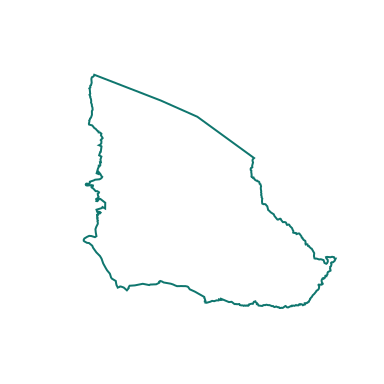 Agua Blanca de Iturbide, Hidalgo, Mexico, rotated 73°
{"feature_id": "50627088B60120060131713", "entity_name": "Agua Blanca de Iturbide", "entity_type": "district", "adm_level": 2, "iso_a3": "MEX", "parent_name": "Mexico", "parent_adm1": "Hidalgo", "projection": "albers", "projection_center": [-98.352, 20.365], "detail": "fine", "context": "isolated", "style": "outline", "palette": "teal", "viewbox_px": 384, "rotation_deg": 73, "n_neighbors": 0, "source": "geoboundaries", "source_scale": "gbopen_adm2", "svg_char_len": 6027}
<svg xmlns="http://www.w3.org/2000/svg" viewBox="0 0 384 384"><g transform="rotate(73 192 192)"><path d="M139.8,273.6L140.2,273.2L142.0,275.0L146.2,277.7L147.5,276.1L145.8,275.3L147.9,274.4L150.4,273.9L151.3,273.4L151.9,274.0L152.6,275.5L152.8,276.8L151.9,281.1L152.2,282.6L152.3,286.6L153.0,286.7L153.5,287.2L153.8,287.9L153.9,288.5L153.1,290.5L153.2,290.9L153.7,291.4L154.4,291.4L154.8,291.1L155.3,290.0L155.9,286.5L156.2,285.7L156.8,284.8L157.4,285.1L157.9,286.7L158.4,286.6L159.8,285.4L163.0,283.9L163.6,282.2L165.1,281.0L165.6,281.4L166.2,282.7L168.2,283.0L169.3,282.7L169.8,283.0L170.6,285.0L170.7,285.7L171.0,285.8L171.5,285.5L172.7,286.1L173.1,285.1L171.7,283.1L171.6,282.3L171.8,281.7L176.9,278.1L182.4,279.9L180.2,282.0L181.0,282.9L181.0,288.5L183.1,288.5L183.5,287.2L184.2,285.9L185.0,285.4L185.5,286.2L184.5,288.1L186.2,288.2L186.8,289.3L186.5,289.6L187.7,289.9L188.6,289.7L189.1,290.4L190.1,290.1L190.4,290.5L191.5,290.6L191.8,290.4L192.4,291.0L193.2,290.9L194.9,291.4L197.3,293.7L199.3,295.2L202.8,295.9L206.3,296.3L206.8,298.0L204.7,301.1L203.9,303.1L204.2,305.4L205.0,308.5L206.0,309.5L207.0,309.8L207.7,309.4L209.9,307.3L210.7,305.4L214.2,303.1L216.4,302.9L221.8,301.1L226.4,298.7L229.3,298.0L234.4,297.8L239.2,296.8L242.1,296.1L245.9,294.5L246.7,294.4L250.1,294.4L251.5,293.9L254.8,290.9L257.4,291.3L259.3,291.4L260.8,291.0L261.7,291.0L261.6,288.9L261.3,288.4L261.7,287.5L263.4,285.2L267.0,283.0L265.5,280.7L264.9,280.7L263.4,279.1L264.6,273.9L265.4,265.9L268.5,260.1L268.3,259.0L269.8,253.2L269.2,249.8L269.0,249.6L268.4,249.8L268.2,249.7L267.8,248.4L268.7,247.0L270.2,245.6L273.5,239.1L275.0,237.0L276.3,235.6L277.7,233.8L278.7,230.2L280.1,225.8L280.9,224.3L281.6,223.5L284.4,222.6L288.1,218.4L295.9,211.0L296.9,211.2L297.0,211.0L299.7,211.0L300.0,211.2L300.1,211.7L300.4,211.8L300.8,211.1L301.7,211.5L301.8,211.3L302.0,210.7L302.2,210.4L302.3,206.6L302.0,204.6L302.9,202.7L302.8,200.2L303.5,198.2L303.2,197.6L302.7,197.5L303.7,196.1L303.8,195.4L301.9,196.3L308.1,188.8L308.6,186.2L311.5,184.2L311.8,183.7L311.9,182.7L312.2,182.4L312.6,181.4L313.0,179.5L314.1,179.3L314.8,178.1L315.3,176.5L316.0,175.8L315.9,174.6L316.6,173.7L316.5,172.8L316.6,172.2L317.1,171.9L317.2,171.3L316.7,170.5L316.2,170.3L316.2,167.8L316.6,166.9L316.7,166.4L315.8,165.7L315.1,164.9L315.1,163.4L316.1,163.4L316.9,162.5L317.5,162.4L318.2,162.7L318.4,161.9L320.0,161.6L321.5,158.2L321.4,157.7L321.2,157.4L321.3,157.2L321.1,156.3L321.6,155.1L321.5,154.0L321.7,153.5L322.4,152.4L322.8,151.0L324.6,148.8L324.7,147.9L326.0,147.0L326.2,146.6L326.1,145.0L327.3,143.6L327.4,143.0L328.0,142.2L328.5,142.2L328.9,141.0L328.9,140.1L329.3,139.4L329.3,138.8L328.4,136.3L328.4,135.8L330.0,134.9L330.5,133.9L329.9,130.0L330.4,129.8L330.1,128.6L330.8,127.4L330.5,125.7L330.9,125.5L330.9,125.0L331.5,123.7L331.5,123.3L330.9,122.8L330.7,121.8L330.8,121.5L331.3,121.4L331.1,120.7L331.5,119.8L332.7,119.1L332.7,118.8L332.3,118.0L332.6,117.5L332.6,116.8L332.1,116.3L331.4,116.4L331.8,114.5L331.4,113.9L331.5,113.5L331.1,112.9L331.1,112.3L330.2,111.7L329.4,110.6L328.8,110.4L328.8,110.1L328.0,109.4L327.3,108.0L326.1,106.8L325.2,104.9L323.3,102.1L322.8,101.8L322.5,100.3L321.9,99.4L321.6,99.0L319.7,98.0L318.3,98.2L317.8,98.2L317.6,97.9L317.7,97.5L318.1,97.2L318.2,96.3L318.5,95.2L318.0,94.9L318.2,94.0L318.0,93.8L317.5,93.8L316.7,94.2L315.1,94.1L314.2,93.8L312.8,92.4L312.7,91.8L313.4,91.6L313.2,90.5L312.8,90.3L311.9,89.1L311.1,88.9L311.1,88.3L311.6,87.9L310.9,87.4L310.8,87.0L310.3,86.5L309.2,86.2L308.3,85.4L307.7,82.5L306.9,82.3L305.8,82.5L305.1,82.0L304.0,81.8L303.5,80.7L301.8,79.7L301.0,79.9L300.5,79.7L300.5,79.3L300.1,79.0L300.4,77.6L299.5,75.7L297.8,74.2L297.7,74.7L297.2,75.2L296.2,75.1L295.8,75.3L294.9,77.0L294.9,78.6L293.5,81.9L293.5,82.9L294.7,82.9L296.4,82.1L297.8,82.3L298.3,82.5L299.6,83.7L299.9,84.6L298.6,86.0L295.6,86.1L294.3,87.9L293.8,89.0L293.7,90.1L292.1,92.3L291.8,93.5L291.3,94.3L288.9,94.1L286.2,93.0L282.5,93.8L281.2,94.1L280.6,94.8L279.5,95.3L278.9,95.8L277.8,96.0L277.4,96.9L275.8,96.9L275.4,97.7L275.4,98.6L274.5,98.6L273.5,98.1L271.8,98.0L270.4,99.3L269.9,99.3L269.1,99.8L268.2,99.8L267.7,100.4L266.5,100.3L263.1,101.5L262.8,102.2L262.8,104.3L262.1,104.3L262.0,104.6L261.5,104.7L261.1,106.1L260.5,107.1L260.2,107.1L259.6,106.7L258.7,106.5L257.7,106.8L255.8,106.9L253.2,108.3L251.7,108.6L251.3,109.2L251.3,110.7L250.8,110.9L249.2,111.0L248.4,111.3L247.8,112.3L247.4,113.9L244.9,114.9L243.8,115.0L243.3,115.5L243.3,116.4L243.6,117.3L243.4,118.2L243.1,118.5L238.9,120.2L237.3,120.3L234.4,122.7L232.6,123.6L231.5,124.4L227.6,124.2L226.8,124.7L225.4,125.2L224.9,125.8L224.5,127.3L223.6,128.2L221.4,127.8L219.3,127.0L218.9,126.7L217.4,127.0L216.4,126.6L215.0,126.8L214.6,126.4L213.9,126.1L212.6,126.1L211.6,125.6L209.2,125.3L207.6,124.8L206.8,124.3L205.0,124.3L204.5,124.3L204.0,124.9L202.1,124.8L201.4,125.3L200.8,126.3L200.2,126.4L200.1,126.9L199.2,127.9L198.1,128.5L197.3,128.5L196.7,129.4L196.0,129.1L195.6,129.9L195.2,130.5L194.4,130.6L193.6,130.1L191.7,129.7L190.6,129.6L188.8,129.0L188.3,129.4L187.1,129.2L186.3,128.5L186.2,128.2L186.3,127.8L185.9,127.0L185.2,127.0L184.3,126.7L181.6,125.0L179.8,125.0L178.9,124.6L178.5,124.3L177.7,122.7L121.6,164.9L95.4,195.1L51.3,251.2L52.3,251.9L52.8,252.7L52.9,253.9L53.1,254.3L54.5,255.2L58.2,256.0L60.4,257.4L60.5,258.0L60.9,258.4L62.4,258.7L62.9,259.9L63.7,259.7L67.9,260.6L68.3,260.6L69.1,261.6L69.6,261.3L70.5,261.5L71.1,261.3L71.9,261.7L72.8,261.5L73.8,261.5L75.6,261.8L76.9,262.4L79.0,262.2L80.5,262.6L82.2,262.5L84.3,263.0L85.4,264.1L88.9,265.1L91.1,266.7L91.5,267.1L91.9,268.0L92.7,268.4L93.6,269.4L94.1,269.3L96.7,270.7L97.4,270.7L99.2,267.9L102.3,266.7L103.4,265.7L106.2,264.4L106.7,263.7L107.7,263.9L108.4,262.4L109.8,261.6L111.0,262.5L112.8,262.1L113.8,261.7L114.5,261.8L115.1,263.2L115.7,264.1L116.7,263.7L118.9,264.5L119.9,265.9L120.1,267.2L121.6,265.4L121.9,265.5L122.1,265.3L126.9,267.5L126.8,268.0L129.8,270.1L131.6,268.3L134.3,270.1L136.9,270.4L136.6,271.3L139.5,271.8L140.2,272.7L139.6,273.5L139.8,273.6Z" fill="none" stroke="#0f766e" stroke-width="2"/></g></svg>